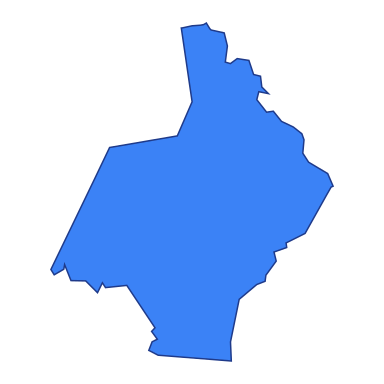 Hardin, Kentucky, United States of America
{"feature_id": "52423323B56050966337073", "entity_name": "Hardin", "entity_type": "district", "adm_level": 2, "iso_a3": "USA", "parent_name": "United States of America", "parent_adm1": "Kentucky", "projection": "albers", "projection_center": [-85.938, 37.724], "detail": "fine", "context": "isolated", "style": "filled", "palette": "blue", "viewbox_px": 384, "rotation_deg": 0, "n_neighbors": 0, "source": "geoboundaries", "source_scale": "gbopen_adm2", "svg_char_len": 929}
<svg xmlns="http://www.w3.org/2000/svg" viewBox="0 0 384 384"><path d="M109.6,147.5L94.7,178.7L50.9,269.5L54.2,274.8L63.8,269.2L64.6,264.6L71.0,280.6L85.7,280.9L97.5,292.7L102.4,282.8L105.5,287.6L126.8,285.4L155.0,327.8L151.6,331.4L157.3,339.2L152.1,341.8L148.8,350.4L158.1,355.2L179.6,356.9L231.3,361.0L230.5,341.9L239.2,299.3L256.8,284.5L265.1,281.3L265.9,275.2L276.2,261.1L274.0,252.0L286.7,247.5L286.1,242.9L305.1,233.4L326.7,194.8L331.1,187.1L333.1,186.2L327.7,173.6L308.6,162.2L302.8,153.2L304.0,139.8L301.9,133.8L293.3,127.0L281.5,121.4L273.3,111.2L266.6,112.2L256.8,99.7L258.8,91.7L268.4,93.6L261.8,87.0L260.5,76.2L253.6,74.5L248.9,60.4L237.2,58.6L230.4,63.6L225.3,62.1L227.4,46.0L224.2,32.9L211.1,30.0L209.8,28.7L206.3,23.0L205.2,23.7L203.6,24.6L200.4,25.2L192.1,25.8L182.4,27.9L181.3,28.0L182.4,35.4L189.1,81.3L192.1,101.8L187.6,112.2L177.3,135.9L109.6,147.5Z" fill="#3b82f6" stroke="#1e3a8a" stroke-width="1.5"/></svg>